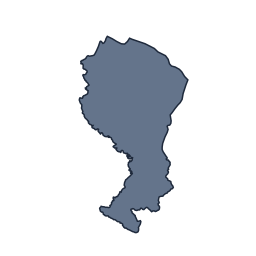 outline of Kabang, Yala, Thailand, rotated 316°
{"feature_id": "78962969B19846711934015", "entity_name": "Kabang", "entity_type": "district", "adm_level": 2, "iso_a3": "THA", "parent_name": "Thailand", "parent_adm1": "Yala", "projection": "orthographic", "projection_center": [100.929, 6.36], "detail": "fine", "context": "isolated", "style": "filled", "palette": "slate", "viewbox_px": 256, "rotation_deg": 316, "n_neighbors": 0, "source": "geoboundaries", "source_scale": "gbopen_adm2", "svg_char_len": 5816}
<svg xmlns="http://www.w3.org/2000/svg" viewBox="0 0 256 256"><g transform="rotate(316 128 128)"><path d="M176.8,47.7L176.3,47.8L174.1,48.5L172.6,49.4L171.8,49.7L169.7,50.1L168.7,49.7L168.9,47.2L168.5,46.5L168.0,46.4L165.4,47.7L163.3,48.8L158.9,50.6L155.6,51.7L154.3,52.0L153.0,51.5L150.6,49.9L150.1,49.5L149.6,48.4L149.1,48.1L148.3,48.0L146.7,48.3L146.4,48.6L145.5,48.6L144.6,48.4L144.2,48.2L142.6,47.9L142.1,47.5L141.4,47.6L140.9,47.3L140.3,47.4L140.0,47.6L139.8,48.3L139.3,48.8L139.0,48.8L138.8,49.0L139.1,49.6L139.9,50.1L139.4,51.7L137.2,53.8L137.3,55.2L137.6,55.3L138.0,56.2L138.0,57.3L138.2,58.2L137.8,59.0L137.6,59.3L135.9,59.6L135.1,60.0L133.8,59.6L133.4,59.2L132.9,58.5L132.6,58.5L132.0,58.9L131.5,60.6L130.9,61.6L130.7,62.9L130.3,63.5L130.4,64.1L130.6,64.7L130.1,65.5L130.3,66.7L130.3,68.1L129.9,68.9L129.8,70.0L129.5,70.1L129.0,70.1L128.1,69.8L126.9,69.6L126.2,69.9L125.7,70.5L125.4,69.8L125.2,69.6L124.6,70.3L124.6,70.7L124.9,72.5L125.2,73.1L125.2,73.5L124.5,73.9L123.8,74.7L122.6,75.3L119.8,74.6L118.4,74.0L117.0,74.2L116.6,74.8L115.8,74.9L115.2,74.1L114.7,73.5L114.6,73.1L114.3,72.9L113.4,73.3L112.4,74.0L111.2,76.6L111.0,77.3L111.0,78.8L110.7,79.4L109.4,80.7L108.4,81.3L107.0,84.8L105.8,85.3L105.6,85.5L105.5,86.1L105.8,86.8L105.6,87.9L105.5,88.4L104.8,88.9L104.2,90.7L104.1,92.0L104.3,92.4L104.3,94.0L104.1,94.4L104.0,95.0L104.3,95.4L104.2,96.0L103.4,96.5L103.1,96.9L103.1,99.0L103.6,99.7L103.7,100.7L104.1,101.6L104.5,101.9L104.2,102.0L103.8,101.6L103.3,101.7L102.6,102.5L102.5,103.0L103.0,104.4L103.3,104.7L103.3,106.2L103.4,106.7L104.1,107.2L105.3,107.4L105.7,107.8L105.8,108.2L105.9,108.5L105.6,108.7L104.5,109.2L104.4,109.4L104.2,110.4L104.2,111.9L104.0,112.9L104.1,113.3L104.3,113.3L105.0,113.0L105.5,112.9L106.0,113.5L105.9,114.3L105.6,115.1L105.3,115.5L105.1,116.0L105.6,118.2L106.6,119.4L108.0,119.8L108.4,120.1L108.6,120.6L108.6,120.9L107.8,120.7L107.5,120.9L107.4,121.0L107.7,121.4L108.3,121.9L108.9,122.7L109.1,123.4L109.0,123.9L108.3,124.8L108.4,126.0L107.8,127.1L107.6,127.9L108.0,130.1L108.3,130.9L108.3,131.4L107.8,131.5L105.3,131.0L104.6,131.0L104.3,131.2L104.6,133.3L105.2,133.7L106.0,134.6L105.6,134.9L104.8,134.9L104.5,135.1L104.4,137.5L104.9,138.7L105.7,139.7L105.8,140.4L106.4,140.4L106.6,139.8L107.1,139.8L108.1,139.9L108.4,140.4L108.5,140.8L108.4,141.3L107.7,142.4L107.6,142.8L108.4,144.2L108.7,145.1L109.8,145.5L110.0,146.1L109.9,146.3L108.1,147.1L107.7,147.6L108.7,148.2L109.3,147.8L110.1,147.9L110.2,148.3L110.1,148.7L110.1,149.7L110.0,149.9L109.8,149.9L108.1,149.1L107.3,148.9L107.0,149.4L107.1,150.1L107.3,150.7L108.3,151.9L108.7,152.0L110.2,151.7L110.6,152.6L109.5,153.2L108.6,154.0L106.8,154.1L106.4,153.7L106.7,153.0L106.4,152.8L105.3,153.5L104.7,153.2L104.1,153.3L103.5,154.0L102.5,154.5L102.1,155.3L101.7,155.7L101.6,156.6L101.2,157.5L101.2,158.9L100.7,159.2L99.8,158.8L99.5,158.9L100.0,159.9L99.6,160.5L100.4,161.1L100.4,161.9L100.1,162.3L99.5,161.9L98.6,162.1L98.4,162.4L98.5,162.7L99.5,163.5L99.4,163.8L97.4,163.9L96.8,163.8L96.1,164.0L93.9,163.8L92.1,163.9L90.2,163.7L89.1,164.3L87.9,164.7L85.6,166.4L85.4,166.8L85.2,168.0L84.5,168.8L83.9,168.8L83.0,168.4L81.5,168.2L79.7,168.6L78.7,169.4L78.4,169.2L78.1,168.5L77.9,168.3L76.1,169.3L74.8,169.4L73.0,170.0L72.6,169.9L72.2,169.4L71.7,169.2L70.7,169.4L70.4,169.3L70.0,168.9L69.9,168.0L69.5,167.6L69.0,167.8L68.2,168.7L67.9,169.9L67.6,170.2L67.2,170.3L66.6,169.7L66.2,169.7L65.4,170.1L64.3,170.2L63.6,171.0L63.2,171.3L61.9,171.5L61.2,171.2L60.9,171.9L60.3,172.2L59.7,172.3L58.9,171.9L57.9,170.5L56.6,169.3L56.1,168.1L55.2,167.2L54.3,165.7L53.9,165.9L52.3,165.9L51.5,166.4L51.2,167.3L50.5,168.3L50.4,168.8L50.6,170.2L51.3,170.9L51.1,171.8L50.7,172.4L50.3,173.1L50.5,173.7L50.8,174.1L50.6,174.9L51.1,176.0L52.6,177.3L52.6,177.9L52.4,178.5L52.4,178.9L52.9,179.4L53.0,180.6L53.9,182.6L54.0,184.0L54.8,184.7L55.1,185.3L55.4,188.0L56.0,188.6L56.8,190.0L56.3,191.0L57.0,191.6L57.4,193.0L57.3,193.6L56.5,194.2L56.4,194.5L56.4,195.7L56.1,196.4L56.3,198.0L57.1,198.6L57.5,201.0L58.1,202.0L59.4,205.9L60.1,206.9L60.5,208.2L61.6,209.2L63.1,209.6L64.6,208.9L65.9,207.6L66.4,206.8L70.2,205.6L72.2,204.3L72.5,203.3L70.7,202.3L70.0,201.6L71.5,197.6L71.8,196.5L72.1,196.3L72.4,195.8L72.1,195.0L72.3,194.3L72.1,193.8L72.2,192.9L72.0,192.3L72.1,191.7L72.8,190.9L72.9,189.2L73.4,188.7L73.7,188.6L74.0,188.6L74.6,189.2L75.4,189.3L75.8,189.8L76.0,190.6L76.0,191.9L76.2,192.3L77.1,193.5L78.5,194.0L79.0,194.6L79.5,195.0L81.2,194.6L81.7,194.7L82.0,195.3L82.1,196.8L82.7,197.7L84.6,197.7L86.1,197.9L86.8,198.9L86.6,200.0L86.9,202.3L86.8,203.7L86.9,204.7L88.3,204.9L89.4,206.0L89.6,207.0L91.0,207.7L91.9,207.7L93.0,208.3L94.2,208.1L95.6,207.0L96.2,206.1L96.1,204.8L97.0,203.4L98.5,203.5L99.0,202.5L99.4,201.3L101.7,199.6L102.7,199.2L104.1,199.9L105.8,201.3L106.9,201.0L109.4,201.2L111.0,202.0L112.0,201.6L113.5,202.0L114.9,202.2L116.2,201.7L117.9,202.5L119.3,202.2L120.0,200.7L120.1,199.0L120.6,197.7L121.6,196.2L121.5,195.8L120.5,193.4L120.5,193.1L121.1,192.3L121.2,191.8L121.1,189.5L121.9,188.8L122.8,188.6L124.8,188.5L126.2,188.0L126.7,187.4L126.8,186.5L127.1,185.9L128.6,185.9L128.9,185.0L129.5,184.6L132.6,183.8L133.2,183.3L133.8,182.4L134.3,182.1L134.6,181.0L134.4,179.9L134.7,179.5L134.7,179.3L134.7,179.0L133.9,178.1L133.7,177.4L134.1,176.8L134.7,177.0L135.0,176.9L135.3,176.8L135.6,176.3L135.7,175.1L136.8,169.3L137.7,167.1L139.4,165.4L142.2,163.2L148.2,160.2L153.1,158.4L155.8,156.9L157.4,153.9L158.3,153.8L160.1,154.9L162.1,154.4L164.0,152.8L167.4,147.9L170.3,147.6L175.2,146.7L179.9,146.1L183.1,146.0L186.8,145.0L191.6,141.5L199.7,137.2L204.5,135.0L204.5,130.2L205.7,124.8L205.7,121.5L204.3,116.9L202.3,113.6L202.4,110.7L204.6,106.5L205.2,102.0L202.4,94.1L202.2,89.1L198.8,79.2L192.6,67.1L191.5,64.5L187.8,65.4L183.9,65.3L181.7,62.8L180.0,58.0L178.7,52.9L176.8,47.7Z" fill="#64748b" stroke="#1e293b" stroke-width="1.5"/></g></svg>